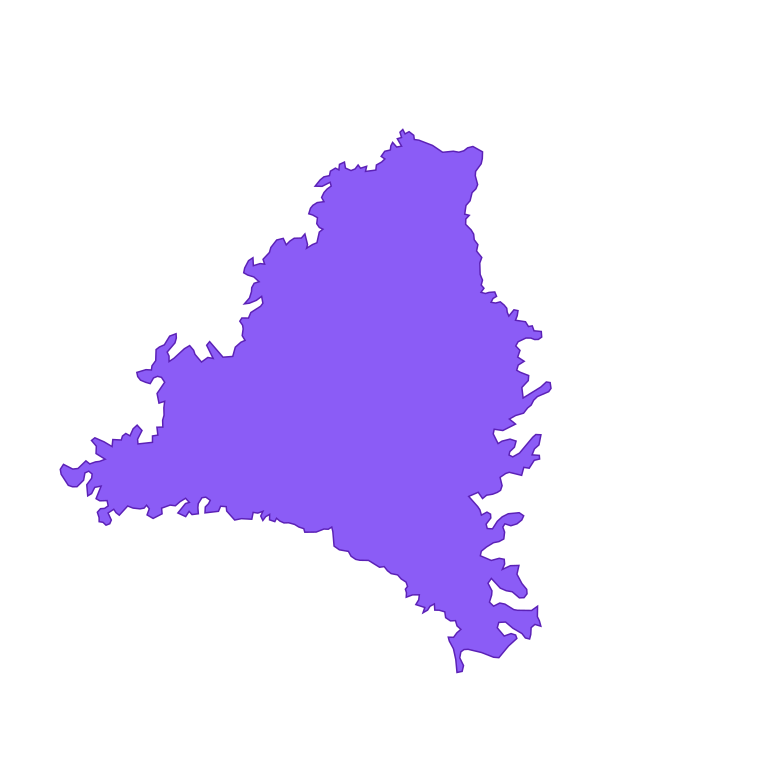 the district of Palmital, Paraná, Brazil, rotated 297°
{"feature_id": "56859067B70868107973132", "entity_name": "Palmital", "entity_type": "district", "adm_level": 2, "iso_a3": "BRA", "parent_name": "Brazil", "parent_adm1": "Paraná", "projection": "albers", "projection_center": [-52.284, -24.889], "detail": "fine", "context": "isolated", "style": "filled", "palette": "violet", "viewbox_px": 768, "rotation_deg": 297, "n_neighbors": 0, "source": "geoboundaries", "source_scale": "gbopen_adm2", "svg_char_len": 6171}
<svg xmlns="http://www.w3.org/2000/svg" viewBox="0 0 768 768"><g transform="rotate(297 384 384)"><path d="M503.1,489.7L500.8,486.6L503.7,481.8L500.5,472.2L505.3,471.7L510.2,470.1L509.1,466.1L501.2,464.4L503.9,461.2L507.2,459.0L508.9,455.2L510.0,450.3L506.8,446.7L505.4,442.3L509.7,442.3L513.2,444.5L516.3,440.9L513.3,436.0L510.7,433.3L509.7,428.8L514.7,429.6L516.3,425.7L521.3,424.6L525.3,419.9L535.3,414.4L541.1,413.7L544.5,406.1L550.8,404.4L553.5,398.9L558.3,395.8L560.9,391.6L563.3,384.3L568.1,382.0L573.0,383.4L572.0,378.8L580.3,376.0L586.3,377.5L594.5,375.6L599.6,377.3L604.2,376.9L611.0,370.8L615.0,369.1L624.3,370.6L629.4,369.3L635.6,366.4L636.0,355.4L632.4,351.3L628.1,349.3L624.5,345.5L622.9,340.1L617.1,331.1L618.6,318.9L617.1,304.4L615.6,300.0L619.1,297.6L620.2,291.8L616.4,289.2L619.3,285.2L615.6,283.9L611.6,287.7L608.6,284.5L603.9,291.7L600.9,287.7L603.2,282.0L599.2,282.0L595.4,283.4L591.7,279.0L585.5,278.1L584.9,282.6L580.7,281.1L575.7,277.8L570.9,279.6L565.0,271.0L570.1,269.7L565.6,265.1L567.4,261.5L562.5,260.6L559.2,257.7L558.9,251.6L563.8,248.0L559.5,244.6L554.3,246.6L554.3,242.7L549.3,239.6L544.9,240.8L541.3,236.4L537.0,234.5L529.0,232.8L532.0,239.1L539.3,244.4L536.4,247.1L531.9,244.8L527.5,243.6L521.9,243.7L519.2,247.7L515.3,242.1L510.9,239.5L507.2,238.7L501.5,239.7L502.2,243.7L502.0,249.2L496.3,251.3L494.1,255.3L494.2,259.3L490.0,257.4L479.4,260.1L475.8,257.0L469.8,253.4L473.5,252.6L481.8,245.4L476.5,244.1L473.1,237.8L468.5,235.2L463.6,233.7L468.0,228.1L463.6,223.0L454.3,221.2L449.2,222.2L440.2,219.6L436.6,223.2L435.1,219.0L430.1,213.9L437.0,209.9L432.4,207.3L424.1,207.2L419.4,208.5L419.2,213.1L420.3,219.4L418.4,226.3L414.8,222.6L409.8,222.4L406.1,224.0L399.6,225.1L392.0,223.2L394.9,227.4L400.6,232.3L406.5,235.2L401.0,239.4L397.3,238.8L387.2,232.9L381.2,233.3L378.3,227.4L374.5,227.0L372.1,231.4L369.1,233.5L362.7,235.7L359.8,240.4L356.2,237.5L349.3,234.8L339.9,236.7L334.8,228.4L342.6,209.4L338.0,208.4L329.2,220.2L327.7,215.0L320.7,211.4L324.6,202.1L327.6,199.1L330.0,193.4L324.8,190.1L311.6,185.2L306.4,182.3L311.3,179.8L314.0,176.3L325.7,179.1L330.7,178.1L334.4,175.9L329.4,171.3L319.2,170.5L315.0,167.1L311.2,165.3L301.2,170.0L294.9,169.0L290.9,170.4L288.7,165.4L282.1,158.5L278.8,161.2L276.9,165.3L277.3,170.9L278.2,175.5L284.8,175.9L288.0,178.7L288.9,182.7L286.0,187.8L272.5,186.1L264.8,192.2L269.0,196.4L262.8,198.7L256.3,202.2L251.2,203.2L245.2,206.5L242.4,201.3L235.8,205.7L232.6,201.3L226.9,204.2L218.9,192.0L222.9,189.5L232.7,189.5L235.3,182.7L230.2,180.8L222.5,181.2L222.7,176.4L218.9,174.6L214.8,175.3L211.4,167.6L204.8,170.1L205.4,160.8L204.8,150.8L200.9,149.0L198.0,155.9L191.3,159.0L190.4,169.7L185.9,165.7L183.6,162.3L179.2,158.1L180.2,153.3L169.8,149.7L166.9,145.3L166.9,134.9L161.0,134.3L157.0,137.3L150.4,148.7L151.0,153.1L153.1,157.1L161.9,160.0L169.0,157.9L172.3,160.5L171.3,164.8L167.3,166.3L159.3,164.9L149.8,170.8L153.6,173.2L160.6,173.2L164.6,178.3L151.1,179.5L150.9,183.8L154.4,190.2L150.2,193.6L146.3,191.5L144.2,188.0L139.6,186.8L135.6,190.8L132.0,192.7L133.2,196.4L132.0,200.4L135.0,203.1L139.0,202.8L143.8,196.7L149.7,200.1L147.7,203.6L146.9,207.7L158.9,211.0L159.5,216.7L162.0,223.3L164.5,226.6L168.2,227.5L166.3,231.5L159.8,232.3L159.4,239.3L167.6,245.2L172.4,242.2L179.0,248.4L180.8,253.4L186.6,255.7L192.1,259.1L190.1,264.3L187.4,261.4L175.5,258.9L175.8,267.5L182.0,268.2L180.5,272.2L184.1,277.5L189.3,274.3L193.1,272.8L200.0,273.4L202.3,276.6L201.5,282.0L197.6,282.0L193.3,280.6L187.9,283.0L195.4,294.3L200.9,293.9L203.1,299.1L199.4,301.5L195.0,312.7L199.3,318.1L203.5,327.6L210.2,325.7L211.7,330.2L215.6,333.9L210.4,334.1L207.4,338.0L212.1,338.8L215.9,341.3L211.0,343.7L211.8,349.2L215.6,349.2L214.6,353.5L214.8,357.9L217.1,362.1L218.3,368.1L217.9,373.1L218.7,378.2L216.0,380.7L221.3,390.8L227.5,396.3L229.3,400.3L232.8,402.4L229.3,405.4L216.9,413.1L216.0,419.5L218.7,428.3L215.6,432.8L214.9,438.4L216.0,442.5L219.8,450.3L218.7,463.2L221.4,467.1L219.2,471.8L218.3,476.4L220.1,482.8L218.1,487.8L217.5,493.6L214.3,496.9L210.9,496.2L208.2,498.8L204.1,500.6L209.1,505.2L212.2,511.2L207.5,512.9L201.9,512.5L203.4,521.8L197.9,522.6L202.3,525.5L206.8,525.9L210.9,528.7L205.6,531.9L207.5,535.9L208.6,541.6L203.8,545.0L203.1,550.7L205.6,555.1L201.6,558.9L200.3,563.9L195.4,561.9L189.9,561.0L187.6,556.2L184.6,558.9L179.6,566.1L171.0,573.1L160.1,580.0L163.4,584.1L169.2,582.7L174.4,575.8L180.2,574.1L183.7,575.8L185.8,579.4L189.0,592.7L190.3,605.7L192.3,610.6L207.1,613.9L217.6,617.9L220.1,615.2L219.3,610.5L214.0,605.5L218.2,595.6L223.7,594.5L227.1,600.4L224.9,609.7L224.3,620.2L221.9,625.3L222.9,629.5L227.4,628.5L233.7,625.7L238.3,627.6L239.4,633.7L243.6,629.9L246.3,626.3L255.7,621.7L249.2,618.3L243.0,605.7L241.9,602.1L242.8,591.7L241.4,586.6L235.8,582.5L237.5,577.0L244.9,575.7L248.7,574.1L253.7,567.1L259.5,567.9L254.9,580.3L255.3,586.7L257.1,592.6L254.9,601.7L257.2,605.8L262.0,606.7L265.8,604.4L268.8,597.5L274.9,588.8L283.6,586.6L279.5,579.1L272.5,573.6L278.4,573.2L282.4,570.7L281.0,565.8L275.5,559.7L274.7,547.8L279.2,546.6L285.3,549.3L292.3,553.6L295.8,558.0L300.3,561.1L306.8,558.7L310.5,554.8L314.3,555.2L315.3,561.4L319.8,566.0L325.4,568.5L330.0,568.3L330.7,562.9L324.8,553.6L319.3,549.6L313.1,547.3L304.2,546.4L302.1,541.6L305.5,538.6L313.1,540.0L316.4,538.0L316.6,533.9L311.4,530.3L315.4,526.6L317.3,523.2L322.3,510.5L330.3,517.1L326.7,523.8L331.5,525.9L335.1,530.8L338.9,534.2L342.2,536.1L347.0,535.4L353.5,529.8L359.6,533.1L362.2,535.7L365.1,548.1L373.2,546.4L374.9,551.6L384.2,552.5L387.8,556.7L390.9,554.8L388.1,548.1L394.5,547.5L400.1,549.7L410.0,546.9L407.9,542.2L404.1,540.7L384.0,536.1L377.5,531.8L377.5,527.6L380.9,526.8L386.9,528.9L393.1,527.6L392.1,521.3L386.7,515.1L382.7,512.7L389.1,504.0L393.7,502.7L396.5,511.0L408.0,519.4L409.7,511.6L415.7,515.6L421.4,521.6L427.8,522.8L432.0,524.7L437.5,524.7L442.5,526.4L451.9,534.2L455.9,534.8L460.7,531.4L459.5,527.7L452.5,525.1L434.7,514.3L443.5,508.4L452.5,511.0L457.2,509.1L456.3,499.9L456.5,496.0L461.8,495.0L467.9,498.6L468.7,490.9L475.7,489.9L477.7,484.1L482.5,484.3L489.4,489.6L491.6,494.0L492.0,498.0L493.8,501.3L497.4,503.2L502.2,500.3L499.5,493.5L503.1,489.7Z" fill="#8b5cf6" stroke="#5b21b6" stroke-width="1.5"/></g></svg>